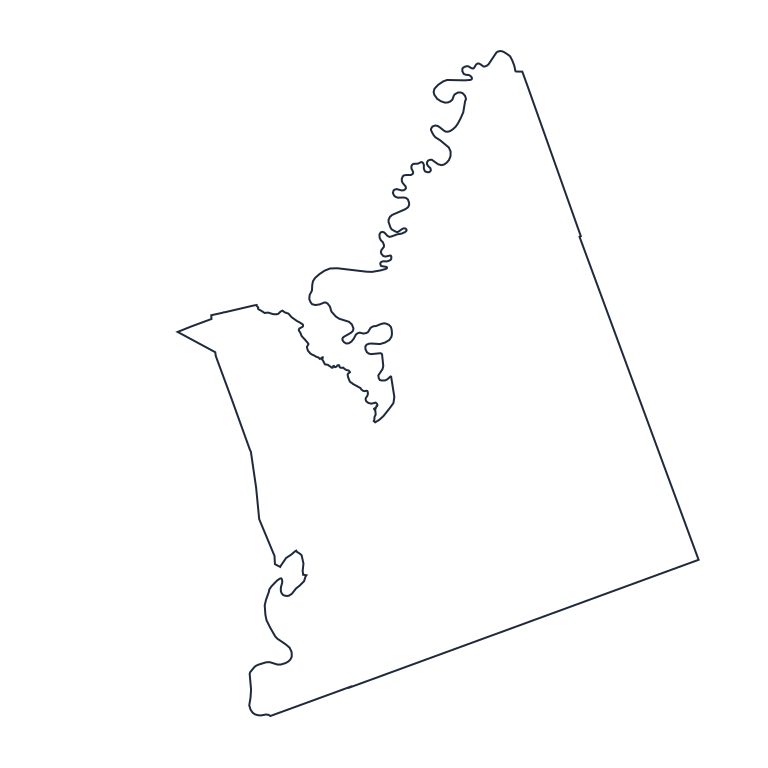 the district of Renmark Paringa, South Australia, Australia, rotated 340°
{"feature_id": "25037944B48526955129661", "entity_name": "Renmark Paringa", "entity_type": "district", "adm_level": 2, "iso_a3": "AUS", "parent_name": "Australia", "parent_adm1": "South Australia", "projection": "orthographic", "projection_center": [140.752, -34.143], "detail": "fine", "context": "isolated", "style": "outline", "palette": "slate", "viewbox_px": 768, "rotation_deg": 340, "n_neighbors": 0, "source": "geoboundaries", "source_scale": "gbopen_adm2", "svg_char_len": 6142}
<svg xmlns="http://www.w3.org/2000/svg" viewBox="0 0 768 768"><g transform="rotate(340 384 384)"><path d="M620.8,137.8L614.9,135.5L614.5,134.7L615.3,129.6L615.2,124.0L614.6,119.2L612.5,116.0L610.0,112.8L608.4,111.5L606.9,110.8L604.6,110.6L603.1,110.9L591.5,119.4L589.3,120.1L587.1,120.1L586.0,119.6L584.3,117.0L582.9,115.4L581.8,114.9L580.3,115.1L579.0,115.9L577.5,117.2L576.4,117.9L575.5,118.0L574.0,116.9L572.0,114.4L570.6,113.7L568.4,113.5L566.6,113.8L565.5,114.5L564.6,116.8L565.0,119.9L566.8,121.5L569.3,122.6L570.6,124.1L571.3,125.8L571.1,127.1L570.4,127.7L569.1,127.8L563.8,126.3L547.3,119.9L543.0,119.9L537.2,121.4L532.4,123.8L530.5,126.6L530.2,129.4L531.5,134.2L534.2,137.8L537.6,140.5L540.5,141.3L542.5,141.2L544.8,140.5L545.6,140.1L548.1,137.1L549.5,136.0L553.1,135.4L555.4,136.1L557.2,137.4L558.1,139.3L558.7,140.9L558.6,143.8L558.3,144.7L557.3,145.5L556.6,146.6L551.4,155.8L546.5,160.9L542.5,164.5L539.4,166.7L536.1,168.1L532.9,168.9L530.4,168.8L528.3,168.0L526.9,166.3L524.1,161.7L522.7,159.9L520.8,158.7L518.7,158.5L517.1,158.9L515.5,160.3L515.0,161.5L515.3,164.7L515.8,167.4L516.7,169.8L520.0,174.0L525.8,183.9L526.1,188.3L524.4,192.7L521.6,195.8L518.1,197.7L515.1,198.3L512.8,198.0L510.0,196.0L505.6,189.6L503.5,189.0L501.8,189.2L500.3,190.3L499.6,192.1L499.9,194.1L501.4,197.1L501.3,198.3L501.0,199.4L500.0,200.1L498.7,200.4L497.2,199.8L495.4,198.4L495.1,196.8L495.2,194.8L496.4,191.8L496.3,189.6L495.4,188.4L494.3,188.2L491.8,188.5L490.7,188.4L487.0,187.2L485.6,187.5L484.2,188.8L483.5,190.8L483.9,194.6L483.5,195.8L482.5,196.5L480.8,196.8L476.7,195.3L474.3,194.8L472.7,195.2L470.8,197.4L470.1,199.8L470.4,201.8L471.9,205.8L471.6,207.5L470.5,208.3L468.8,208.7L466.9,208.2L462.6,205.2L460.5,205.0L459.2,205.4L457.7,207.5L457.9,210.4L458.6,211.7L460.6,213.6L466.3,215.5L468.3,216.7L469.6,218.9L469.5,222.5L468.7,224.6L466.9,226.2L463.9,227.0L449.5,227.9L446.7,229.0L444.5,231.2L443.7,233.3L443.6,239.3L444.2,241.5L447.2,245.0L448.7,245.8L449.5,245.8L454.3,244.5L455.9,244.5L457.3,245.2L457.7,245.7L457.9,246.8L457.6,247.6L456.9,248.0L455.5,248.5L451.8,248.7L447.8,247.9L441.5,247.9L439.4,247.6L437.9,246.0L436.2,241.9L434.8,240.6L432.8,240.4L430.9,241.9L429.9,245.1L430.2,247.9L431.4,250.3L431.5,253.4L430.8,255.1L427.6,257.1L426.3,258.7L426.0,260.5L427.1,263.5L429.1,264.8L433.4,265.3L434.3,265.7L434.4,267.0L433.7,268.7L432.7,269.6L430.7,269.9L428.2,269.7L425.6,268.5L423.6,268.3L422.4,268.7L421.6,269.7L421.5,271.2L421.7,272.2L426.5,274.9L426.6,275.6L426.3,276.2L425.1,276.5L419.8,276.1L411.3,274.6L406.2,272.6L379.6,259.2L372.8,257.0L366.9,257.2L360.8,258.7L355.6,260.7L352.4,263.1L350.4,266.5L348.3,271.5L344.6,274.9L342.8,278.7L343.0,282.1L343.8,284.5L346.5,286.3L350.8,287.2L355.6,287.0L357.0,287.4L358.5,289.1L359.7,292.8L359.4,296.8L359.5,298.3L361.8,304.1L364.2,307.3L372.4,313.6L374.2,317.1L374.3,321.4L373.0,323.4L370.7,324.5L362.0,326.0L360.5,327.0L360.0,328.6L360.6,330.8L362.3,333.0L364.9,333.7L367.9,333.0L370.9,331.2L374.7,327.8L376.8,327.3L378.7,327.4L382.0,329.6L384.9,330.1L386.8,329.7L390.5,326.7L392.6,326.2L394.1,326.2L396.3,326.8L401.7,326.6L404.9,327.0L406.9,328.2L408.9,330.2L410.0,332.8L409.7,336.0L408.5,339.9L407.1,342.2L404.2,344.4L399.3,345.4L393.9,345.1L385.6,341.5L383.4,341.0L381.1,341.1L379.4,342.2L378.5,344.8L378.8,348.3L380.2,350.3L382.0,351.5L391.0,353.8L392.1,354.6L392.3,355.5L389.5,366.8L387.7,369.5L381.6,374.0L381.1,376.5L381.4,378.8L383.0,379.9L386.1,381.0L388.5,380.8L392.3,379.3L392.9,379.2L393.2,379.6L389.3,399.6L386.4,405.1L380.9,408.8L372.4,414.0L367.5,416.0L362.6,417.0L361.7,415.3L362.6,414.5L363.7,411.9L364.6,410.9L365.3,410.4L365.9,409.3L366.8,405.7L366.2,404.6L366.3,403.8L367.4,403.6L367.5,404.4L369.0,402.8L369.2,402.3L370.1,402.3L370.7,401.4L370.6,400.2L369.8,398.6L366.3,398.3L364.9,397.9L362.8,396.4L361.8,394.9L361.3,393.6L361.5,392.0L362.2,390.9L364.3,389.4L365.4,388.0L366.0,386.0L365.9,384.9L365.3,384.4L363.1,384.0L362.0,383.2L360.9,381.5L360.5,379.8L354.7,373.2L354.2,372.1L353.1,370.8L352.7,369.8L352.6,365.4L352.8,363.7L353.2,362.5L353.7,362.0L356.0,361.3L356.0,360.9L355.6,359.6L354.9,358.8L353.7,358.2L352.1,356.4L351.3,354.7L349.3,354.2L348.4,353.5L348.1,352.8L348.2,351.2L348.0,350.8L346.6,350.6L345.4,351.4L343.9,351.5L343.5,351.1L343.2,350.0L343.0,349.8L342.3,349.9L341.9,350.7L341.3,351.1L340.4,350.7L339.7,349.3L338.9,348.5L337.8,346.8L335.2,345.3L334.7,341.3L334.2,339.7L335.4,338.5L335.5,337.9L335.0,337.9L333.0,338.5L332.2,338.4L331.6,336.8L329.2,334.8L328.7,333.9L326.4,331.7L325.2,330.1L323.9,326.6L324.1,323.2L324.6,322.4L326.5,320.9L326.7,320.2L324.9,315.2L323.2,311.3L322.9,309.7L323.0,307.8L322.3,304.5L322.7,303.6L323.5,302.9L327.0,302.4L327.6,302.0L328.1,301.0L327.9,300.0L326.0,297.5L323.8,295.1L320.0,289.6L318.3,285.2L315.2,282.7L313.7,280.3L311.5,280.6L308.6,281.9L306.7,281.7L303.6,280.4L299.9,277.5L298.6,277.0L296.1,276.4L293.7,273.2L291.8,271.1L291.4,270.2L291.9,269.2L291.8,268.5L291.2,267.4L291.1,266.7L291.3,266.2L288.7,265.7L259.5,262.2L257.6,261.8L256.3,261.8L245.2,260.3L244.1,263.9L222.8,264.0L207.9,264.5L236.3,296.4L235.5,300.2L235.5,308.1L235.7,345.4L235.5,399.7L235.7,402.3L228.4,437.6L220.5,468.3L222.3,508.1L219.9,516.0L223.9,520.4L224.7,519.6L232.5,514.0L238.5,512.6L243.2,510.8L244.5,510.6L244.6,511.7L247.1,515.0L248.0,516.8L246.9,525.2L243.6,531.9L243.0,535.0L242.7,535.5L245.7,537.2L244.3,538.2L241.5,541.9L235.6,544.7L231.5,546.0L225.7,549.6L222.2,550.4L220.6,550.1L218.6,549.1L217.0,547.8L216.3,545.8L216.2,543.8L216.6,542.1L217.6,539.8L220.5,535.7L221.1,533.9L221.2,532.3L220.8,531.4L219.4,531.3L216.1,532.2L209.1,535.6L206.1,537.7L204.5,540.2L199.2,546.6L196.2,551.2L193.6,560.4L192.8,565.9L193.7,573.9L195.4,583.8L196.7,586.9L202.7,595.2L205.1,599.5L205.5,604.3L204.1,608.6L201.9,610.8L199.4,612.0L195.9,612.6L191.0,612.3L187.8,611.1L181.5,606.3L178.1,605.2L170.0,604.8L167.4,605.0L165.5,605.6L159.7,609.0L158.6,610.5L154.6,625.6L151.4,632.9L147.5,639.8L147.2,644.2L148.1,647.9L149.8,650.3L152.2,652.1L155.1,653.4L160.1,654.2L162.5,655.5L163.6,657.1L248.5,657.0L248.1,657.4L266.4,657.4L619.5,656.8L618.1,312.5L619.5,312.4L620.8,152.1L620.8,137.8Z" fill="none" stroke="#1e293b" stroke-width="2"/></g></svg>